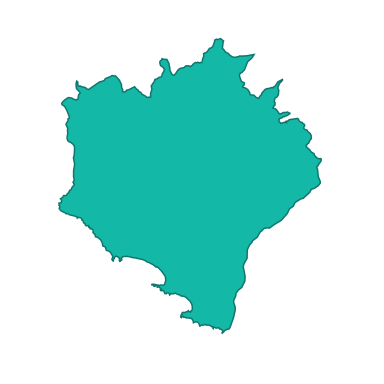 outline of Nasca, Ica, Peru, rotated 348°
{"feature_id": "86281439B61745843991716", "entity_name": "Nasca", "entity_type": "district", "adm_level": 2, "iso_a3": "PER", "parent_name": "Peru", "parent_adm1": "Ica", "projection": "albers", "projection_center": [-75.123, -14.994], "detail": "fine", "context": "isolated", "style": "filled", "palette": "teal", "viewbox_px": 384, "rotation_deg": 348, "n_neighbors": 0, "source": "geoboundaries", "source_scale": "gbopen_adm2", "svg_char_len": 5926}
<svg xmlns="http://www.w3.org/2000/svg" viewBox="0 0 384 384"><g transform="rotate(348 192 192)"><path d="M288.1,227.0L290.6,223.7L297.2,221.3L299.3,221.4L307.1,216.8L309.3,214.2L312.6,213.8L316.8,212.1L319.3,210.0L319.6,208.4L318.7,203.0L319.5,196.0L319.2,193.3L320.8,192.4L322.5,190.4L324.0,189.3L324.8,188.2L325.3,186.7L324.8,186.0L323.0,185.9L321.2,184.5L319.5,181.9L319.3,179.8L316.7,177.4L316.2,175.7L313.1,171.3L313.3,170.1L314.2,169.8L315.1,168.8L316.2,168.5L318.3,165.7L319.8,164.7L320.3,161.4L319.8,159.4L317.8,156.9L317.3,155.2L315.9,154.8L314.5,153.2L315.0,151.6L316.0,150.6L316.0,149.2L314.7,148.0L314.3,146.9L313.0,146.4L311.8,145.2L311.2,142.8L310.6,142.0L302.2,141.5L300.7,142.4L299.6,142.5L298.5,144.7L299.0,143.0L298.3,141.9L298.6,143.3L296.7,143.0L295.1,143.2L294.3,143.7L293.8,143.2L292.9,143.3L292.8,142.4L292.1,142.0L291.7,141.0L292.6,138.5L295.2,138.2L296.3,137.4L297.9,137.6L298.8,137.0L300.3,137.2L303.7,135.9L304.2,135.4L301.9,133.6L299.9,133.7L297.9,133.2L295.6,133.9L293.8,133.9L291.8,129.3L291.0,128.1L288.6,126.6L289.9,125.0L291.3,124.2L291.8,121.8L291.3,120.4L292.3,118.1L293.1,117.3L295.0,116.6L296.7,114.8L298.0,110.7L297.6,108.8L298.0,107.1L300.1,104.1L303.2,101.9L303.9,101.2L303.8,100.7L298.8,102.2L295.2,105.9L293.8,106.2L292.9,107.0L292.0,106.4L288.3,106.7L286.6,106.4L284.6,107.0L280.8,109.9L280.2,111.2L278.1,112.6L276.8,114.3L274.5,113.0L272.7,110.2L269.7,109.2L269.1,108.4L269.1,106.7L267.9,103.4L265.9,101.4L264.4,100.5L263.7,100.5L263.4,100.0L263.9,98.6L265.4,98.0L265.9,96.1L263.3,94.1L262.5,88.5L263.2,86.6L263.7,86.0L265.7,85.5L268.7,83.4L273.4,76.3L278.7,73.2L281.3,70.4L274.1,70.2L268.1,69.3L267.1,68.8L265.7,69.3L261.3,69.1L259.3,68.0L257.0,65.4L256.2,63.9L253.8,62.1L252.8,59.5L251.6,57.7L253.5,52.2L254.3,50.9L251.9,48.0L251.5,47.8L249.8,48.4L247.5,47.6L245.7,48.2L245.2,50.0L242.4,54.2L240.1,55.2L239.0,55.1L236.2,57.8L234.5,58.7L233.0,58.7L232.1,59.1L231.8,61.6L230.4,63.5L229.0,66.7L228.2,67.4L226.7,67.0L226.1,67.3L224.4,66.2L223.4,66.6L222.3,66.0L219.8,67.1L218.4,68.3L217.4,68.5L216.6,69.1L215.1,67.9L212.3,67.3L210.2,68.6L205.6,68.7L203.5,69.9L200.7,72.7L198.9,74.0L198.0,73.9L196.8,72.5L195.9,69.2L195.7,67.7L196.2,65.3L195.9,63.4L196.2,61.9L195.0,57.1L191.3,56.1L190.5,55.3L189.4,56.7L187.8,57.6L187.4,58.9L187.5,61.8L189.0,63.3L190.6,66.0L189.5,68.2L187.5,70.2L186.8,71.9L185.8,73.0L183.8,73.0L181.0,74.1L179.2,74.2L178.5,75.1L178.4,75.9L175.8,78.1L175.3,79.0L174.3,79.4L174.0,83.6L172.0,86.9L171.2,90.6L167.3,90.0L166.6,88.7L163.3,85.8L162.7,84.0L160.8,82.5L160.4,81.0L159.3,80.1L157.7,77.1L151.0,78.9L149.5,78.7L147.4,80.2L145.0,79.6L145.5,77.5L144.9,75.5L145.3,72.1L144.2,67.4L141.3,62.5L139.6,62.2L138.0,61.4L137.0,62.0L130.8,63.1L129.2,64.8L124.2,65.2L112.1,70.3L110.5,69.3L109.5,67.7L105.4,65.8L104.5,64.9L103.4,65.1L102.8,64.8L102.6,64.2L103.1,60.6L102.3,59.6L101.1,61.9L100.5,65.8L100.8,67.5L102.9,70.8L103.2,72.0L101.3,73.3L99.8,77.4L97.8,77.8L95.4,76.6L94.2,75.3L91.2,74.0L90.0,74.1L86.8,75.4L83.7,77.4L82.8,78.6L83.0,79.5L84.9,81.4L85.4,82.4L86.5,85.8L87.7,93.1L87.3,94.1L85.8,94.8L85.6,96.6L83.5,98.5L82.8,99.8L83.7,103.9L83.1,105.3L82.6,108.9L81.0,113.0L81.0,114.9L81.2,116.0L82.5,117.6L83.3,117.9L85.1,119.9L86.1,121.5L86.5,123.8L84.5,131.2L83.1,134.0L83.0,140.5L80.7,146.2L79.3,152.5L79.4,155.6L77.6,157.9L78.6,160.2L75.5,162.7L74.4,164.5L72.9,164.8L71.6,166.3L71.4,167.1L70.1,167.5L68.2,169.3L65.6,168.8L64.5,170.3L61.9,171.4L62.7,172.8L62.3,174.6L61.7,175.1L59.5,175.3L59.9,176.1L59.1,177.2L59.6,177.7L59.5,179.3L58.7,180.3L58.8,181.1L60.1,183.4L63.9,186.2L64.4,187.2L65.3,187.1L66.6,187.9L67.2,188.7L72.4,191.2L74.5,192.7L74.4,193.7L75.5,193.2L77.9,194.1L78.4,195.3L78.4,196.5L79.5,197.3L79.5,199.2L80.1,200.3L80.7,200.5L80.9,202.5L81.6,203.1L83.8,203.3L83.7,204.3L84.2,204.8L83.9,205.2L84.5,205.5L84.7,206.5L85.3,206.3L85.3,207.1L87.0,207.8L87.3,209.2L86.7,211.0L88.3,213.6L88.3,215.8L90.2,216.6L92.8,219.9L93.7,223.4L93.5,226.2L95.8,227.8L96.1,231.3L98.8,232.8L100.1,235.1L101.0,238.2L100.9,239.3L99.6,241.2L100.3,243.0L100.8,243.1L100.8,242.1L102.1,240.9L102.4,240.0L104.3,238.9L106.4,240.3L106.6,241.1L107.3,241.6L107.3,242.7L106.6,243.9L106.9,244.8L107.6,244.8L108.3,244.0L109.0,244.0L109.4,243.3L109.1,241.9L111.0,240.9L113.4,241.1L117.0,242.1L120.6,244.0L121.7,244.2L130.1,248.0L132.6,249.9L132.9,250.6L135.9,252.5L139.3,255.5L141.2,258.0L142.0,257.7L143.3,259.1L145.7,262.9L148.3,268.9L148.0,272.8L146.2,276.3L145.6,277.0L144.4,277.2L142.0,276.4L141.1,276.6L139.5,276.1L135.2,274.2L133.7,273.9L133.4,274.5L134.6,274.9L135.3,276.4L136.3,276.5L138.2,276.0L138.6,277.2L138.3,277.9L140.1,278.0L140.5,278.9L141.8,280.0L141.5,281.1L140.7,281.1L140.8,281.8L142.1,282.4L143.0,282.1L143.8,283.0L144.3,285.7L145.7,286.2L146.1,285.7L147.4,285.4L148.5,286.3L148.7,288.1L150.3,287.1L152.4,287.7L154.6,287.5L157.1,289.5L158.7,290.1L159.6,291.4L162.8,292.5L164.3,294.0L167.3,298.3L168.4,301.4L168.5,303.7L167.9,306.8L167.0,308.1L166.0,308.2L165.5,309.1L164.3,308.4L163.7,307.3L162.8,308.1L161.7,307.9L160.0,308.4L157.6,307.8L156.7,308.9L156.8,309.8L155.6,310.1L155.0,312.2L155.6,312.7L156.5,312.0L157.5,311.8L158.0,312.9L158.7,312.8L160.5,314.1L162.0,314.2L164.3,315.4L165.2,315.4L166.3,318.0L166.2,320.2L168.9,319.7L170.5,320.5L171.3,321.9L171.8,324.8L174.1,324.2L175.4,324.6L177.4,324.3L178.7,325.4L180.0,325.4L182.0,326.3L183.3,327.9L184.5,328.0L184.7,328.6L184.1,329.4L184.4,330.0L184.8,329.2L185.9,329.0L187.3,330.2L189.9,330.2L190.5,331.8L191.4,331.8L193.3,333.9L192.6,335.7L192.0,336.1L192.2,336.4L196.4,333.8L199.9,333.6L201.2,332.2L206.3,323.8L209.6,316.8L210.3,313.4L209.8,308.8L210.2,306.8L213.1,302.9L214.1,300.0L216.9,297.6L220.8,295.7L225.2,290.1L226.4,285.5L226.6,275.5L228.0,273.0L232.1,268.3L234.0,260.1L237.3,255.8L240.2,253.7L241.0,252.3L246.4,249.8L250.4,245.3L252.6,244.3L254.5,242.7L258.1,242.6L260.3,243.4L265.3,241.1L273.4,238.3L280.7,232.9L283.8,228.8L288.1,227.0Z" fill="#14b8a6" stroke="#0f766e" stroke-width="1.5"/></g></svg>